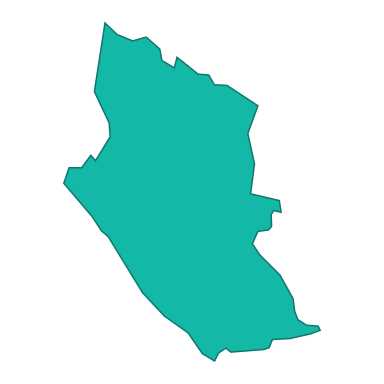 Gloucester, Virginia, United States of America
{"feature_id": "52423323B10302998803932", "entity_name": "Gloucester", "entity_type": "district", "adm_level": 2, "iso_a3": "USA", "parent_name": "United States of America", "parent_adm1": "Virginia", "projection": "equal_earth", "projection_center": [-76.514, 37.422], "detail": "fine", "context": "isolated", "style": "filled", "palette": "teal", "viewbox_px": 384, "rotation_deg": 0, "n_neighbors": 0, "source": "geoboundaries", "source_scale": "gbopen_adm2", "svg_char_len": 795}
<svg xmlns="http://www.w3.org/2000/svg" viewBox="0 0 384 384"><path d="M63.8,183.3L92.0,216.4L101.6,231.0L108.1,236.5L142.6,292.8L164.3,316.0L188.0,332.8L202.4,353.7L214.6,361.0L218.5,353.1L225.9,348.1L230.8,352.1L263.9,349.5L269.1,347.7L272.4,339.5L289.6,338.6L311.2,333.7L320.2,330.2L318.1,326.1L306.4,325.2L297.9,319.6L294.7,311.4L293.1,298.7L280.0,275.1L259.8,254.9L252.4,243.8L257.9,231.4L268.6,229.9L271.6,226.4L271.2,214.6L273.7,210.5L281.1,212.3L279.3,200.6L250.6,193.8L254.5,163.9L247.8,133.6L257.9,105.8L227.0,85.4L214.4,84.8L208.6,74.9L198.2,74.2L177.0,57.3L174.3,67.9L161.9,60.5L159.8,49.1L146.2,37.1L132.6,40.9L117.1,34.5L105.0,23.0L94.4,91.6L109.2,123.0L110.1,136.8L95.5,160.7L90.8,155.3L81.6,167.8L69.1,167.7L63.8,183.3Z" fill="#14b8a6" stroke="#0f766e" stroke-width="1.5"/></svg>